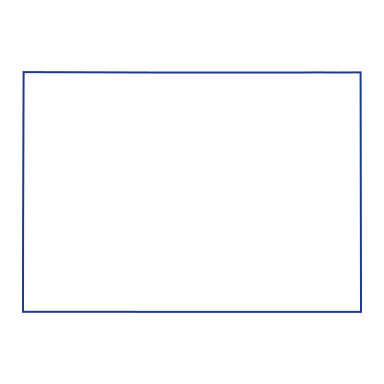 Winnebago, Iowa, United States of America
{"feature_id": "52423323B32646227852177", "entity_name": "Winnebago", "entity_type": "district", "adm_level": 2, "iso_a3": "USA", "parent_name": "United States of America", "parent_adm1": "Iowa", "projection": "orthographic", "projection_center": [-93.701, 43.377], "detail": "fine", "context": "isolated", "style": "outline", "palette": "blue", "viewbox_px": 384, "rotation_deg": 0, "n_neighbors": 0, "source": "geoboundaries", "source_scale": "gbopen_adm2", "svg_char_len": 335}
<svg xmlns="http://www.w3.org/2000/svg" viewBox="0 0 384 384"><path d="M23.6,72.1L23.1,226.6L23.0,311.8L361.0,311.9L360.6,72.4L338.4,72.5L335.8,72.5L317.0,72.4L304.1,72.5L275.3,72.5L253.0,72.5L216.8,72.5L212.8,72.5L210.1,72.5L204.8,72.5L167.6,72.5L149.2,72.5L148.1,72.5L23.6,72.1Z" fill="none" stroke="#1e3a8a" stroke-width="2"/></svg>